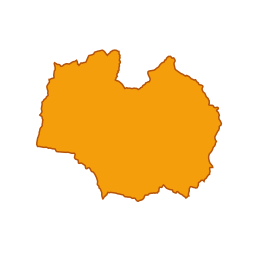 Athang, Wangdi Phodrang, Bhutan, rotated 343°
{"feature_id": "84629894B35951750591258", "entity_name": "Athang", "entity_type": "district", "adm_level": 2, "iso_a3": "BTN", "parent_name": "Bhutan", "parent_adm1": "Wangdi Phodrang", "projection": "equal_earth", "projection_center": [90.199, 27.286], "detail": "fine", "context": "isolated", "style": "filled", "palette": "amber", "viewbox_px": 256, "rotation_deg": 343, "n_neighbors": 0, "source": "geoboundaries", "source_scale": "gbopen_adm2", "svg_char_len": 5743}
<svg xmlns="http://www.w3.org/2000/svg" viewBox="0 0 256 256"><g transform="rotate(343 128 128)"><path d="M123.3,45.9L121.4,45.7L118.2,45.8L116.8,47.2L115.2,47.5L111.8,47.3L111.2,47.8L107.4,52.3L106.9,52.7L105.8,52.7L104.7,52.5L103.9,52.5L103.5,52.6L103.0,52.6L102.3,52.1L101.8,52.1L100.5,53.1L99.4,53.7L99.2,52.9L98.6,52.5L98.5,52.3L98.8,51.8L98.6,50.9L98.9,50.1L98.6,48.2L96.7,48.8L95.3,48.6L94.0,48.7L90.5,49.7L88.3,48.6L87.1,48.5L84.9,48.8L83.7,49.5L82.0,49.5L81.5,48.6L81.3,47.8L80.6,47.1L79.1,46.6L76.9,44.1L76.4,44.5L76.2,45.7L76.2,47.3L76.0,49.0L75.3,51.1L74.3,51.8L72.5,55.6L72.0,58.3L70.3,58.5L69.3,58.3L67.6,58.8L66.8,58.4L66.5,59.0L66.6,59.6L66.4,60.6L66.0,61.6L65.5,61.7L62.9,64.0L62.4,65.0L62.2,67.5L62.3,69.0L62.0,70.1L61.4,71.2L61.4,72.2L61.2,73.3L60.8,73.7L60.0,74.0L59.1,74.4L58.1,75.7L56.5,76.1L55.9,76.4L54.8,77.5L53.4,78.1L53.1,78.6L52.9,80.1L50.8,84.2L50.7,85.1L50.5,87.4L48.8,89.0L48.0,89.6L47.6,89.6L47.4,89.8L47.9,90.7L48.6,91.2L48.9,91.5L49.0,92.0L48.8,94.0L48.8,94.4L49.0,94.9L49.0,95.4L48.3,96.5L47.8,98.0L47.0,99.3L46.8,100.0L46.8,100.5L45.6,101.6L44.5,102.3L43.7,103.0L42.7,104.9L42.0,105.8L41.2,108.0L40.2,109.2L39.7,110.1L38.7,111.1L38.0,112.5L36.5,115.4L36.3,116.2L35.9,116.9L36.1,119.2L37.7,119.7L41.8,121.9L44.5,122.6L46.2,124.2L47.3,124.2L49.9,125.9L51.4,126.4L52.2,126.9L52.3,128.0L52.7,129.5L53.5,130.0L61.4,133.1L63.7,133.7L66.6,135.6L68.1,136.2L69.1,136.3L69.5,136.7L69.7,137.6L69.5,138.2L68.2,140.5L68.3,141.4L68.6,142.3L70.7,143.9L70.8,144.4L70.7,145.7L70.4,146.7L70.5,147.2L70.9,147.5L73.1,147.9L73.7,148.4L74.9,150.0L75.8,151.0L76.0,151.4L76.0,151.9L75.8,153.4L75.8,154.0L75.8,154.3L76.1,154.6L76.8,154.9L78.2,154.4L78.8,154.5L79.4,154.9L79.8,155.8L80.3,158.6L80.7,159.1L81.9,160.0L82.3,160.9L82.8,162.5L83.4,166.4L83.4,169.8L83.3,170.4L82.2,172.8L82.2,173.2L82.5,174.0L83.0,174.7L83.1,175.4L82.8,176.9L83.5,177.8L83.7,178.3L84.0,181.6L83.9,182.6L83.5,183.8L83.2,185.3L83.1,188.4L83.3,188.5L84.0,188.0L85.0,187.0L85.8,186.5L86.6,186.4L86.9,186.2L87.2,185.8L88.1,185.7L89.2,184.4L89.7,184.1L89.9,183.7L91.1,184.4L92.7,184.5L97.3,186.7L99.1,188.0L100.3,188.5L101.2,189.1L103.3,190.3L103.9,190.7L104.3,191.8L104.9,192.7L105.6,193.1L106.7,193.3L107.0,193.8L109.7,194.7L110.3,195.1L111.4,196.5L113.9,197.0L114.3,197.7L114.5,198.5L115.2,200.1L115.9,200.9L116.3,201.0L118.0,200.7L119.7,200.8L120.7,200.7L121.6,200.3L122.6,199.7L123.9,198.0L124.7,197.3L125.4,197.3L126.6,197.8L128.0,197.8L128.9,197.1L129.7,197.0L130.4,197.2L130.9,197.1L132.7,197.6L133.9,197.6L134.4,198.1L136.6,198.4L137.2,198.7L137.7,197.9L138.3,197.9L138.9,197.6L139.8,195.4L140.6,194.1L141.2,193.9L142.6,194.6L143.1,194.6L144.4,193.4L145.3,192.8L146.0,194.0L146.6,195.6L147.4,197.0L149.7,198.9L152.4,200.3L152.3,201.2L152.5,202.4L154.0,203.7L154.8,204.2L155.2,204.2L156.1,203.2L156.6,203.3L157.5,204.3L158.1,205.6L160.6,208.0L161.0,209.0L162.1,210.1L162.9,211.9L164.4,211.3L165.5,210.7L166.4,210.7L166.2,209.6L166.6,208.6L167.6,206.8L168.2,206.1L168.3,205.5L168.9,203.9L170.2,202.6L170.7,202.4L171.8,202.8L173.1,204.0L173.8,204.1L175.2,205.2L176.7,205.3L178.4,203.4L179.5,200.9L181.7,200.2L182.6,199.5L183.2,199.5L184.3,199.9L185.1,201.3L186.1,199.7L187.4,199.1L187.8,199.1L190.1,197.2L191.4,196.3L192.5,196.1L192.8,194.9L193.7,193.7L194.1,190.9L194.7,189.8L197.5,190.5L197.6,189.1L196.1,185.3L196.0,183.4L196.2,180.8L196.8,178.7L198.2,176.6L201.0,174.8L202.6,173.2L203.2,172.2L204.5,171.0L205.4,170.6L206.6,169.4L207.4,167.8L208.7,166.6L208.2,165.7L208.1,164.6L208.1,163.3L208.4,161.9L212.9,157.3L213.9,156.7L214.9,155.4L215.3,154.7L215.4,154.0L215.7,153.3L216.3,152.9L217.7,152.5L218.6,151.0L218.5,149.3L218.2,147.9L217.7,146.3L217.8,144.8L218.2,143.5L219.0,142.8L219.1,142.0L218.8,139.5L218.4,138.4L217.8,137.5L217.8,137.2L218.1,136.8L219.7,136.2L220.1,135.8L220.1,134.9L219.8,134.5L218.9,134.2L217.4,134.1L217.0,133.9L216.3,133.2L216.0,131.8L215.6,131.2L215.1,130.9L212.4,129.9L212.1,129.4L212.3,128.8L212.9,128.3L213.6,125.6L213.3,124.8L213.2,123.1L212.2,121.5L211.9,120.7L211.8,118.7L211.6,117.3L210.3,115.2L210.1,113.3L210.2,112.4L210.4,111.9L210.7,111.5L211.6,110.6L211.8,110.1L211.7,109.5L211.4,109.1L210.6,108.4L208.7,107.3L208.5,106.8L208.3,105.1L207.1,103.6L206.9,102.2L206.6,101.5L206.3,101.4L205.7,101.6L205.2,101.5L204.1,100.3L203.0,99.6L201.5,96.8L200.0,95.3L199.2,94.8L198.9,94.9L198.5,95.2L198.1,95.1L195.9,92.5L194.5,91.4L190.8,86.5L190.4,85.8L190.3,84.6L190.7,80.1L191.5,78.7L192.5,77.9L192.8,77.1L192.8,76.5L192.3,74.5L191.9,74.2L190.9,74.2L190.4,74.0L190.3,73.8L190.2,73.0L189.6,72.0L189.2,71.7L188.0,71.7L187.7,71.4L186.3,71.9L185.4,72.5L184.2,73.8L182.9,73.9L182.7,74.3L181.8,75.4L179.1,75.7L176.9,77.0L175.5,78.3L174.7,78.7L172.8,79.2L171.1,80.0L169.6,80.3L164.9,79.7L163.8,79.9L163.4,80.3L162.9,82.1L163.5,86.7L163.5,87.8L163.2,88.5L162.0,89.8L161.7,90.0L161.0,89.7L159.5,90.0L158.0,90.1L157.5,90.8L156.8,91.4L155.4,91.5L154.3,92.0L153.7,92.9L151.8,93.2L151.1,93.7L149.0,94.2L148.2,93.0L147.7,92.6L146.0,92.0L145.5,91.6L143.6,91.6L142.7,91.2L141.4,90.4L139.4,89.9L138.6,89.1L136.5,89.3L135.7,86.0L134.9,83.8L132.9,80.8L131.8,79.8L130.7,79.3L129.9,78.3L130.6,77.7L131.4,76.4L132.9,75.5L132.7,74.3L133.0,73.8L133.2,73.0L134.0,72.5L135.0,71.7L134.8,71.2L134.9,70.6L135.2,70.5L135.8,70.6L136.2,70.2L136.7,68.8L136.8,68.0L137.2,67.3L137.8,66.5L138.0,65.7L138.2,65.4L138.3,64.3L138.8,63.8L139.5,63.5L139.9,62.8L140.0,61.6L139.5,61.3L139.5,60.8L140.4,58.8L140.8,58.7L141.1,57.8L140.9,56.9L141.5,56.4L141.5,55.6L141.1,55.2L141.1,54.8L141.7,52.1L140.6,51.6L139.9,50.5L139.6,50.3L137.9,49.6L136.1,49.4L135.8,49.7L135.3,49.6L134.7,49.9L133.5,50.1L132.8,50.8L130.7,51.7L129.5,52.5L128.9,51.2L128.2,48.9L127.5,47.5L126.7,46.5L126.2,46.1L125.7,46.0L123.3,45.9Z" fill="#f59e0b" stroke="#b45309" stroke-width="1.5"/></g></svg>